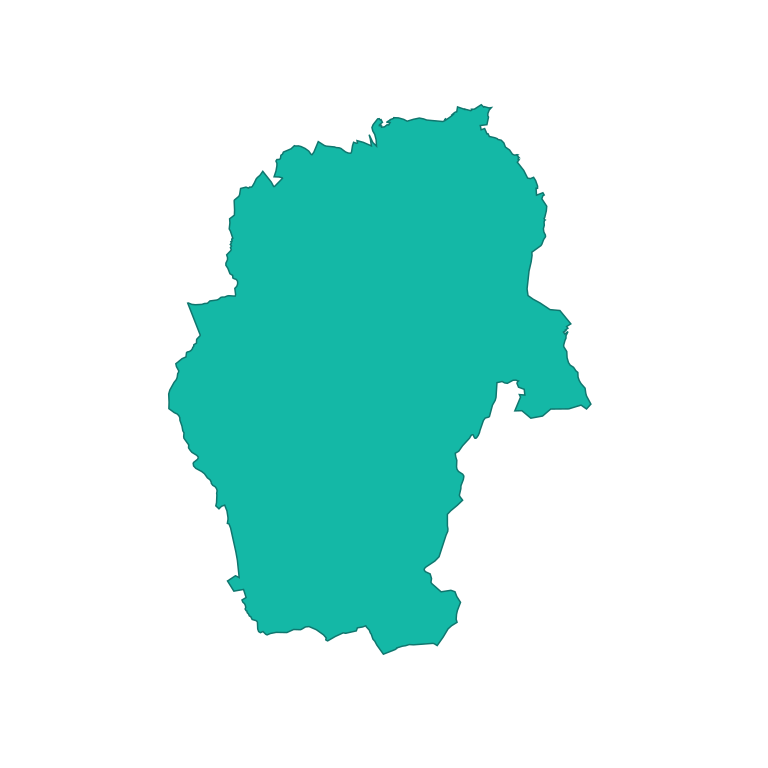 the district of Palmito, Sucre, Colombia, rotated 238°
{"feature_id": "7082276B68418970079428", "entity_name": "Palmito", "entity_type": "district", "adm_level": 2, "iso_a3": "COL", "parent_name": "Colombia", "parent_adm1": "Sucre", "projection": "albers", "projection_center": [-75.556, 9.333], "detail": "fine", "context": "isolated", "style": "filled", "palette": "teal", "viewbox_px": 768, "rotation_deg": 238, "n_neighbors": 0, "source": "geoboundaries", "source_scale": "gbopen_adm2", "svg_char_len": 6171}
<svg xmlns="http://www.w3.org/2000/svg" viewBox="0 0 768 768"><g transform="rotate(238 384 384)"><path d="M336.0,574.3L353.1,572.1L359.1,564.2L370.0,559.3L376.9,555.4L382.7,553.0L388.8,555.7L403.0,566.9L409.7,573.6L414.6,577.7L417.4,579.2L418.2,590.4L418.8,591.8L421.9,595.9L423.3,599.0L424.8,599.8L428.2,600.1L431.3,601.5L433.6,604.0L436.6,605.6L437.7,606.9L437.7,607.6L438.3,607.3L439.5,607.4L440.1,608.6L444.8,613.4L448.5,616.2L457.4,616.0L459.4,618.4L459.4,620.0L462.0,620.1L463.3,613.4L469.4,616.7L468.6,617.9L470.4,619.1L476.2,620.4L480.0,620.4L480.6,617.0L482.5,614.9L491.0,615.7L501.5,614.6L502.6,617.4L503.3,616.8L504.8,617.9L504.4,618.5L507.4,618.0L507.4,618.9L508.0,618.4L508.8,616.1L510.8,614.7L515.9,614.5L520.6,612.5L524.9,613.4L528.6,612.6L531.0,610.2L532.1,610.0L534.1,608.5L538.1,604.5L541.1,604.8L541.5,603.9L547.3,604.7L548.1,601.1L552.2,602.6L549.4,608.7L555.0,614.1L556.6,614.2L558.4,615.5L560.6,618.4L561.5,621.5L562.5,619.3L566.1,616.0L566.0,615.3L569.3,614.5L569.2,606.2L570.7,603.7L569.7,603.3L569.9,602.3L573.0,599.4L574.1,597.9L574.5,598.2L575.1,597.2L580.0,593.2L576.3,589.9L576.8,588.6L576.7,586.8L576.1,583.3L575.7,584.5L575.5,583.6L575.2,578.8L575.2,576.9L576.3,576.7L576.1,575.7L575.1,575.7L575.4,573.0L585.2,560.1L587.8,558.1L590.8,554.9L592.9,549.2L594.6,542.9L597.9,541.0L602.0,537.3L604.7,533.4L604.2,532.9L604.9,529.4L604.6,529.3L604.7,525.5L604.3,525.2L602.5,527.7L601.2,525.2L602.2,524.0L601.8,520.7L603.0,518.0L604.1,518.7L605.6,516.9L606.4,517.7L605.7,518.8L606.6,519.4L606.7,521.3L609.7,521.6L609.8,520.8L611.5,520.6L612.2,519.1L609.7,512.2L607.9,509.7L604.6,508.6L600.5,508.4L595.2,506.7L589.7,503.7L594.7,502.5L603.3,503.5L599.2,502.3L592.6,499.5L599.9,494.5L604.7,490.1L602.4,489.2L602.7,488.2L605.1,486.3L602.7,483.5L598.3,479.7L597.5,478.7L597.4,477.9L598.8,476.1L601.1,474.4L606.6,472.3L608.1,471.1L609.8,468.8L611.3,467.6L616.3,461.1L617.7,459.9L624.4,456.7L617.8,447.4L616.6,444.6L616.9,444.1L617.9,443.8L621.4,443.6L625.6,441.9L629.3,439.5L631.2,437.7L632.7,435.1L633.6,434.3L632.7,429.8L634.0,421.6L632.7,419.7L632.6,417.8L630.1,415.6L629.9,414.4L631.1,412.1L630.3,410.5L627.8,410.1L625.7,408.7L621.9,405.3L618.0,400.6L615.1,404.8L612.7,407.0L612.2,406.9L609.6,396.1L609.7,395.3L610.3,395.1L615.0,395.4L628.6,393.9L626.7,389.4L626.2,386.0L625.6,384.2L623.2,380.5L621.4,377.1L621.2,375.9L622.2,374.4L621.9,372.9L624.1,371.3L625.8,366.0L621.2,362.0L620.1,360.4L619.3,354.7L618.9,354.1L610.6,349.4L606.5,346.6L605.9,340.6L602.3,338.7L597.5,334.9L595.2,334.8L587.7,333.0L587.6,331.7L585.7,330.8L585.8,329.5L584.4,329.4L583.8,327.6L581.8,327.8L581.0,326.0L579.1,325.8L578.3,324.7L576.9,319.0L574.1,318.3L572.3,317.1L570.3,314.0L568.4,312.8L564.9,312.9L559.1,311.8L556.3,313.2L554.0,312.0L552.5,312.8L551.4,313.9L549.6,314.3L548.2,314.0L546.3,312.8L544.8,310.8L544.2,308.2L538.4,305.5L537.4,304.3L541.1,299.2L541.7,297.8L542.2,294.9L543.4,292.9L543.9,291.6L543.5,288.4L543.9,286.5L546.7,280.4L546.0,277.0L547.4,274.4L548.0,271.8L551.2,266.0L553.4,263.2L556.4,261.0L556.6,260.4L522.9,254.1L522.4,253.5L521.3,249.2L520.8,248.5L518.0,246.6L518.1,243.6L516.7,242.5L516.4,241.3L515.3,239.9L514.7,238.2L514.7,236.2L515.4,234.1L515.2,233.1L511.9,230.4L512.5,226.2L511.5,218.2L508.7,217.2L503.9,216.9L502.7,215.8L502.2,214.6L499.3,212.2L497.8,210.2L496.6,206.8L492.4,199.2L489.6,196.1L482.5,192.1L477.1,188.5L470.8,191.0L468.2,192.7L465.9,193.2L463.7,193.0L461.3,191.7L455.2,190.3L451.0,188.6L448.6,188.5L445.6,186.3L444.0,185.6L435.9,186.1L433.4,184.4L430.4,184.5L427.8,184.9L422.8,187.4L420.6,187.8L419.4,186.8L418.9,185.7L418.4,181.0L417.8,180.1L415.4,179.1L412.2,179.7L406.4,183.0L403.1,184.2L398.0,184.5L394.9,185.7L392.5,185.5L391.2,184.9L388.8,185.1L386.3,186.4L384.0,186.5L381.9,185.9L379.9,184.1L378.5,183.5L372.1,179.1L369.8,176.8L365.6,177.9L366.4,181.4L365.7,184.7L362.0,184.0L359.7,183.6L353.6,181.0L351.9,180.0L348.8,177.3L347.5,178.4L343.2,177.6L320.1,169.4L312.1,166.2L296.6,158.6L300.1,156.4L299.9,146.9L287.9,146.9L284.2,156.0L276.0,153.9L276.1,149.1L273.9,148.7L271.5,149.3L269.8,149.1L267.8,148.4L266.8,147.0L264.9,146.9L264.2,147.4L262.5,146.8L261.0,147.2L258.6,146.9L257.4,147.7L254.2,147.4L251.0,150.2L249.8,150.5L249.0,150.4L243.2,147.1L240.5,146.5L238.6,147.4L238.2,150.2L234.4,151.1L233.2,151.9L232.6,155.5L230.5,161.0L224.7,169.9L223.7,177.3L220.0,182.8L219.7,184.0L219.6,188.7L218.0,191.9L211.5,196.4L203.3,199.8L199.3,200.4L198.1,199.2L197.5,199.1L196.0,200.1L195.7,209.0L194.6,217.5L192.9,219.4L189.3,229.7L191.3,232.2L189.3,237.1L188.6,240.4L187.5,240.3L183.0,241.1L180.3,240.5L178.5,240.6L173.5,239.4L170.7,239.9L166.4,239.6L155.2,240.3L152.9,252.7L153.0,254.8L153.4,255.0L151.9,260.7L150.6,263.7L149.7,267.3L147.2,270.8L138.2,287.9L137.3,288.9L134.0,290.5L138.0,300.0L142.4,308.6L143.2,313.2L143.2,319.7L146.2,320.5L150.3,323.5L153.0,326.2L158.3,333.2L165.2,333.1L170.2,334.1L173.6,331.4L177.5,322.3L189.2,318.8L190.9,318.7L193.8,321.2L198.5,322.5L202.8,319.7L204.5,319.5L205.6,319.9L206.2,320.9L206.6,322.7L206.9,333.3L208.3,339.1L222.9,356.5L225.3,360.0L227.2,361.4L230.1,362.6L239.9,368.7L241.1,373.2L242.3,381.9L243.8,389.1L248.4,388.7L249.8,389.0L254.5,393.7L256.9,395.3L260.9,400.6L263.1,402.6L264.1,403.0L265.9,402.9L270.4,400.8L273.0,400.7L275.3,401.6L280.7,405.3L284.1,406.2L287.5,407.7L287.4,411.8L290.0,417.9L292.7,427.7L294.3,430.8L294.2,432.0L293.6,432.7L291.4,432.3L289.8,432.4L289.3,433.2L289.5,434.4L290.5,436.7L292.2,439.2L293.6,440.6L300.4,449.0L301.5,451.8L300.5,455.1L300.5,456.1L308.6,464.8L311.2,469.6L313.3,471.9L325.3,480.5L323.5,485.5L321.0,486.9L319.2,489.0L318.8,495.4L317.4,497.9L315.3,499.6L314.9,498.0L314.1,497.1L310.0,496.4L305.2,500.1L300.0,497.6L303.3,493.2L300.5,492.8L291.9,480.7L288.3,486.8L277.2,490.4L272.8,501.5L274.4,512.1L265.0,527.5L261.7,539.9L255.5,542.5L257.3,548.8L266.5,549.4L269.2,550.2L273.9,552.3L280.0,551.3L283.4,551.4L287.0,552.2L291.1,554.5L293.6,553.7L297.7,553.6L301.3,551.9L304.4,551.8L309.3,553.2L314.7,556.2L320.3,556.2L321.8,557.0L325.0,560.5L326.4,562.6L328.6,564.0L330.6,567.3L330.9,567.3L330.6,563.9L332.9,563.7L332.9,566.6L333.7,566.5L333.8,569.5L336.0,569.3L336.0,574.3Z" fill="#14b8a6" stroke="#0f766e" stroke-width="1.5"/></g></svg>